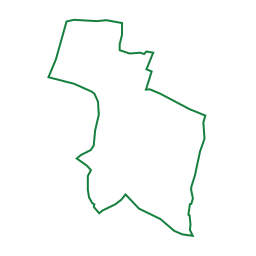 Artane-Whitehall Lea-6, Dublin, Ireland (Albers equal-area conic projection), rotated 88°
{"feature_id": "5873133B65902327619724", "entity_name": "Artane-Whitehall Lea-6", "entity_type": "district", "adm_level": 2, "iso_a3": "IRL", "parent_name": "Ireland", "parent_adm1": "Dublin", "projection": "albers", "projection_center": [-6.218, 53.392], "detail": "fine", "context": "isolated", "style": "outline", "palette": "green", "viewbox_px": 256, "rotation_deg": 88, "n_neighbors": 0, "source": "geoboundaries", "source_scale": "gbopen_adm2", "svg_char_len": 889}
<svg xmlns="http://www.w3.org/2000/svg" viewBox="0 0 256 256"><g transform="rotate(88 128 128)"><path d="M238.0,67.1L231.9,69.7L226.6,68.9L217.4,69.5L216.8,70.7L206.3,68.8L206.1,67.4L200.7,65.6L191.7,67.1L188.5,66.6L177.8,62.8L153.9,56.8L141.3,51.9L125.1,52.5L118.3,50.3L111.3,65.9L94.5,95.2L90.1,104.9L90.3,108.7L72.3,102.4L70.0,107.5L53.6,100.2L52.2,107.0L54.6,109.3L53.2,113.1L53.6,123.9L49.9,133.6L44.0,133.4L34.5,130.7L22.9,130.3L19.5,145.9L20.1,155.6L18.0,178.3L19.4,185.7L56.7,197.6L74.5,205.7L81.9,180.4L90.5,162.8L92.8,160.2L100.7,157.1L113.7,156.7L129.2,160.9L144.4,162.9L148.8,166.1L153.3,175.9L156.7,180.3L164.4,170.2L168.8,166.5L174.5,169.8L188.3,170.3L195.8,169.4L201.7,166.5L203.1,164.3L205.7,164.9L212.2,159.8L209.7,156.6L203.8,143.3L199.3,137.0L194.3,132.8L208.9,119.9L220.2,98.7L232.5,85.3L236.2,77.4L238.0,67.1Z" fill="none" stroke="#15803d" stroke-width="2"/></g></svg>